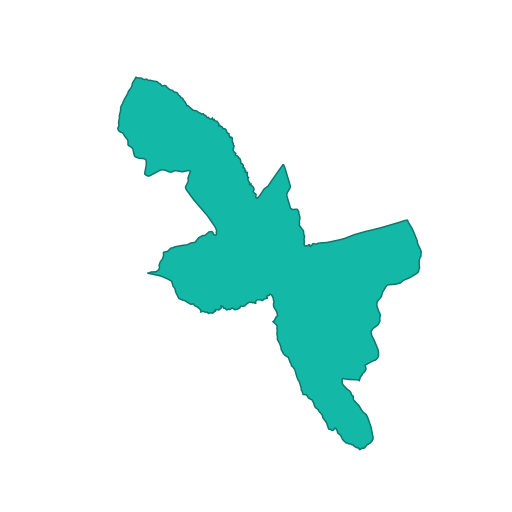 the district of Businga, Équateur, Democratic Republic of the Congo, rotated 212°
{"feature_id": "63176286B10859728267394", "entity_name": "Businga", "entity_type": "district", "adm_level": 2, "iso_a3": "COD", "parent_name": "Democratic Republic of the Congo", "parent_adm1": "Équateur", "projection": "orthographic", "projection_center": [21.02, 3.443], "detail": "fine", "context": "isolated", "style": "filled", "palette": "teal", "viewbox_px": 512, "rotation_deg": 212, "n_neighbors": 0, "source": "geoboundaries", "source_scale": "gbopen_adm2", "svg_char_len": 6127}
<svg xmlns="http://www.w3.org/2000/svg" viewBox="0 0 512 512"><g transform="rotate(212 256 256)"><path d="M65.0,147.3L64.4,149.2L62.9,149.9L62.2,150.9L61.8,154.5L60.1,157.8L59.5,161.1L59.8,162.8L60.5,164.1L68.0,172.1L75.9,178.4L78.5,179.9L83.1,180.5L89.5,183.7L96.8,185.6L97.9,186.4L98.9,188.3L99.7,188.8L101.1,188.7L103.2,190.5L105.1,191.2L108.8,191.4L113.9,192.9L115.0,193.4L116.9,195.9L117.7,198.0L113.1,199.8L104.1,204.9L102.3,205.1L103.4,208.7L103.0,211.1L103.4,212.7L102.5,215.2L102.8,218.5L105.6,221.3L101.3,228.9L99.4,231.2L98.8,234.1L98.9,235.1L99.7,237.2L101.5,239.9L103.6,241.8L111.0,247.1L116.0,250.1L118.0,252.5L118.4,253.6L118.4,256.3L116.2,261.9L116.0,263.3L116.4,266.6L118.0,268.5L119.2,272.0L123.1,274.5L127.2,277.9L128.7,280.7L128.9,282.1L128.2,288.0L129.5,292.5L129.5,299.5L129.3,300.9L128.0,302.1L122.8,305.9L119.4,309.5L118.9,310.4L118.2,313.3L114.0,319.3L110.5,326.2L109.9,328.1L110.0,329.4L110.8,330.8L110.9,332.5L113.5,335.8L115.2,338.8L116.1,341.6L115.9,342.8L118.2,347.2L119.9,348.6L125.2,351.9L127.7,354.6L136.1,360.7L138.5,362.2L144.7,365.3L146.5,366.7L148.7,364.9L151.6,361.3L165.2,346.0L176.4,334.5L183.7,326.5L190.2,317.8L193.2,314.5L202.8,305.2L208.5,301.1L210.3,299.4L211.5,297.7L213.8,297.0L214.3,296.5L214.4,294.5L214.9,292.9L215.4,292.9L216.5,294.0L217.1,293.7L217.8,292.1L219.3,290.6L220.3,290.6L221.3,291.3L222.3,292.9L222.4,293.8L223.9,295.1L225.1,298.3L227.1,299.9L229.1,302.5L235.0,304.8L235.9,305.5L236.4,306.9L237.4,308.0L239.2,312.1L242.2,314.7L243.3,316.3L245.5,317.3L246.2,317.3L249.6,314.8L251.9,314.7L261.3,323.0L262.5,324.3L263.0,326.4L263.2,331.9L263.6,333.2L278.7,346.5L281.0,348.0L281.4,347.9L281.6,346.9L282.7,327.6L282.8,321.7L284.6,317.3L284.8,309.4L285.5,305.5L287.5,305.7L288.3,307.9L289.2,308.5L290.3,308.4L292.2,309.0L292.8,310.2L292.8,311.3L294.6,312.9L297.9,313.7L298.5,314.4L299.0,313.3L299.6,313.4L300.3,314.9L302.1,315.6L303.8,317.0L303.9,318.6L304.8,318.5L306.6,320.3L307.5,322.3L308.1,322.2L308.9,321.5L309.4,322.0L310.0,321.8L310.1,323.0L311.0,323.0L312.1,324.3L313.4,324.4L313.7,324.0L314.3,324.3L314.6,326.0L315.0,326.3L316.9,327.0L317.6,326.6L318.2,326.7L318.8,327.9L320.6,329.7L325.0,331.0L326.3,330.5L327.2,331.0L327.5,332.4L329.3,332.4L332.2,334.1L332.1,335.6L333.0,337.9L333.6,337.9L334.8,339.0L335.1,339.7L336.2,339.9L338.7,343.5L339.5,343.8L340.1,343.6L340.6,342.7L341.2,342.7L341.7,343.6L342.5,343.8L343.7,345.4L345.9,345.2L348.1,347.1L349.7,347.4L351.3,346.6L353.7,347.7L354.9,347.0L355.9,347.6L356.3,346.8L356.7,346.6L357.7,348.5L359.3,349.0L360.0,349.6L362.8,348.8L363.3,348.9L363.7,349.7L364.0,349.7L364.2,349.0L365.2,348.9L366.1,349.9L366.5,348.6L367.3,347.9L368.5,347.8L369.7,348.4L370.8,347.4L372.6,348.3L374.2,348.4L374.7,348.1L376.1,348.7L377.3,347.5L378.7,347.7L379.9,347.3L383.2,347.6L387.1,346.1L387.6,346.5L393.4,347.4L393.9,346.8L398.5,349.4L399.9,349.6L401.5,350.7L404.0,350.7L404.8,351.3L406.6,351.4L409.6,352.7L412.4,351.7L414.5,352.2L417.3,351.4L421.2,352.0L422.6,352.6L424.0,352.1L425.7,350.4L428.5,351.3L430.2,350.9L431.2,351.3L432.4,351.4L437.2,349.4L438.7,349.1L439.6,348.3L440.9,347.9L442.6,348.0L444.1,346.5L445.4,346.0L447.3,346.2L451.1,344.1L452.5,344.1L452.4,338.1L452.3,336.7L451.3,334.4L451.1,331.8L451.5,328.3L450.8,325.2L450.7,319.7L450.4,316.8L449.8,314.2L449.8,311.5L449.2,309.8L447.9,307.6L446.2,302.4L445.1,301.0L443.3,296.4L441.3,294.0L440.9,291.0L439.2,289.6L437.8,289.2L434.8,289.7L433.0,289.3L431.3,288.2L426.8,286.7L425.5,285.6L423.5,282.5L422.4,282.1L419.4,282.2L417.3,281.6L412.3,276.6L410.8,276.2L409.1,276.4L406.6,277.1L403.1,278.9L401.8,279.3L400.4,279.1L399.2,278.1L397.0,274.4L394.3,267.3L393.5,266.4L391.6,266.3L389.5,266.7L388.7,267.6L382.6,278.1L381.1,279.5L378.7,280.6L374.2,281.3L372.8,281.9L371.8,282.7L370.6,284.8L369.8,285.4L367.6,286.6L363.2,288.3L358.9,292.4L357.2,293.2L356.5,293.1L355.0,286.1L353.1,283.7L352.4,277.5L352.0,276.6L350.3,275.3L338.2,270.5L318.8,264.5L305.9,258.9L302.8,256.7L302.4,255.3L301.2,253.7L301.0,252.7L301.8,252.0L303.6,252.0L305.3,253.2L306.0,253.3L306.7,253.1L308.6,251.6L310.1,246.6L311.0,245.7L312.0,245.2L314.3,241.2L315.0,235.3L318.0,232.7L320.5,228.7L322.7,227.2L329.9,220.6L331.0,218.8L332.5,217.4L333.5,213.0L336.4,210.1L334.6,207.2L333.7,203.7L334.1,200.5L333.3,196.8L331.6,195.0L331.2,192.7L332.5,189.6L336.3,187.0L337.9,184.9L339.1,183.9L326.7,188.4L319.3,189.7L314.2,189.9L310.0,186.2L309.0,186.1L307.1,185.0L304.9,182.8L298.9,179.1L294.2,179.8L293.5,180.3L285.7,180.5L283.5,182.3L281.8,181.4L279.3,181.7L275.7,181.3L273.5,180.3L273.2,179.3L271.6,181.0L269.6,181.4L267.3,182.5L266.0,182.0L264.2,184.0L263.0,184.2L262.3,184.8L261.8,186.9L261.1,187.8L262.1,188.8L261.6,189.4L260.4,189.7L259.9,190.2L258.8,190.6L257.9,193.7L259.3,195.1L258.6,195.6L257.1,195.5L255.9,194.6L255.2,194.7L254.2,195.4L253.3,194.9L252.1,194.9L250.9,196.6L249.9,196.7L249.4,197.3L248.9,198.8L248.3,199.4L246.1,199.1L245.4,199.3L243.6,201.0L242.2,203.6L242.5,204.9L242.1,205.9L240.4,206.4L239.2,207.5L238.4,210.7L237.2,213.2L234.6,214.6L233.8,214.6L233.0,215.8L231.8,215.3L231.2,215.7L232.0,216.8L232.1,217.9L231.8,219.4L229.0,221.2L227.2,221.5L226.7,222.0L226.5,223.6L224.1,226.0L224.1,226.5L225.5,227.4L225.5,228.0L223.9,229.7L224.0,231.0L222.2,231.3L219.2,229.5L218.0,228.0L216.6,227.1L215.8,224.6L214.5,222.8L213.4,221.9L208.9,219.7L205.9,216.6L206.7,214.7L206.2,211.2L206.8,209.3L202.5,208.5L201.0,207.9L199.3,204.8L198.0,203.7L197.8,202.3L195.9,199.7L194.9,198.8L193.7,196.6L189.6,194.3L187.0,192.3L185.3,190.3L181.0,187.7L178.4,187.1L174.8,187.1L170.7,183.9L169.4,183.4L167.6,181.6L166.2,181.6L162.6,180.0L157.7,175.5L154.5,173.1L152.9,172.5L148.1,168.3L146.5,166.3L145.2,165.8L143.0,163.7L142.0,163.7L139.9,165.1L136.0,163.3L132.1,163.6L129.3,162.0L127.4,160.2L125.4,159.0L121.9,158.6L119.9,157.5L116.4,156.6L114.9,155.7L113.7,154.3L108.1,152.1L102.7,147.8L100.4,148.4L99.1,148.3L98.1,149.2L97.9,151.9L96.9,152.2L95.8,151.3L95.1,151.2L92.7,149.1L89.4,148.8L85.4,146.3L83.8,145.8L80.3,145.3L79.3,145.8L77.9,145.8L76.4,146.7L74.8,146.6L73.9,147.4L72.7,146.9L69.5,146.7L67.9,147.3L66.5,147.4L65.7,146.7L65.0,147.3Z" fill="#14b8a6" stroke="#0f766e" stroke-width="1.5"/></g></svg>